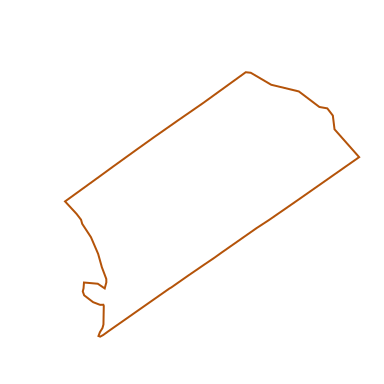 outline of Lake, Indiana, United States of America, rotated 235°
{"feature_id": "52423323B96488388148981", "entity_name": "Lake", "entity_type": "district", "adm_level": 2, "iso_a3": "USA", "parent_name": "United States of America", "parent_adm1": "Indiana", "projection": "albers", "projection_center": [-87.421, 41.436], "detail": "fine", "context": "isolated", "style": "outline", "palette": "amber", "viewbox_px": 384, "rotation_deg": 235, "n_neighbors": 0, "source": "geoboundaries", "source_scale": "gbopen_adm2", "svg_char_len": 876}
<svg xmlns="http://www.w3.org/2000/svg" viewBox="0 0 384 384"><g transform="rotate(235 192 192)"><path d="M259.3,304.7L258.5,251.6L258.7,221.7L258.7,192.8L258.5,171.8L258.1,142.2L257.8,127.3L257.1,82.6L240.2,84.9L232.9,85.2L228.9,83.8L212.9,83.3L195.1,79.6L183.7,75.6L182.4,75.1L176.5,73.6L169.9,71.9L167.1,70.0L163.1,65.2L170.9,62.2L179.8,51.6L175.3,47.9L173.2,45.5L169.2,44.4L158.5,47.8L153.0,51.5L152.2,52.1L150.5,54.7L149.3,54.4L134.3,43.5L131.9,40.6L130.0,36.2L127.7,32.8L126.2,33.8L125.8,37.1L125.9,43.5L125.9,52.9L125.9,76.4L125.9,77.9L125.9,83.6L125.9,99.3L125.9,106.6L125.9,118.0L125.7,120.4L125.7,137.6L125.7,141.6L125.5,160.6L125.3,172.1L125.4,181.8L125.4,192.3L125.4,224.1L124.9,238.6L124.7,272.1L124.7,348.9L161.6,344.7L173.8,351.2L182.9,350.8L188.6,345.1L213.1,337.2L234.4,318.4L256.0,308.5L259.3,304.7Z" fill="none" stroke="#b45309" stroke-width="2"/></g></svg>